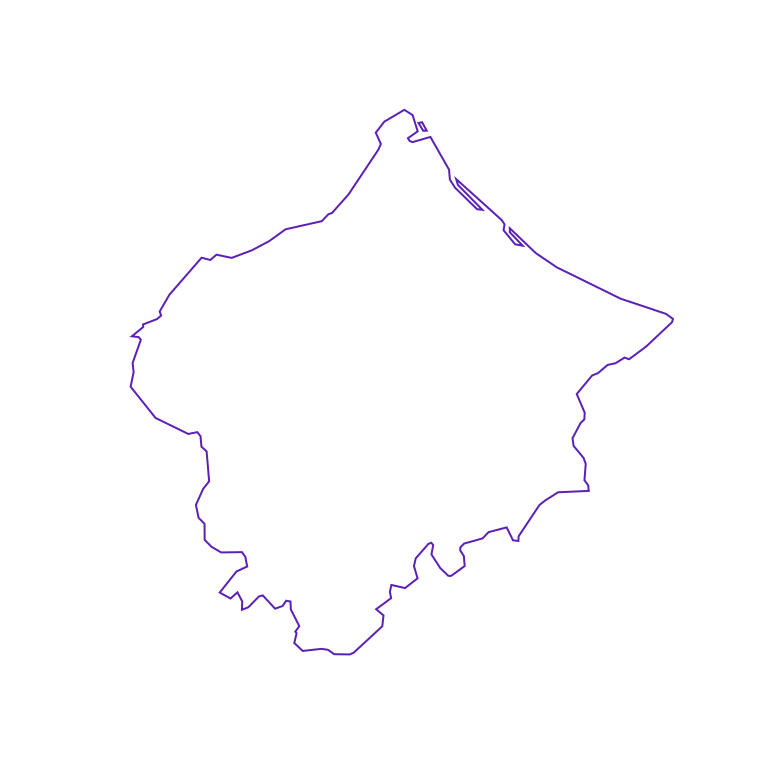 Ivory Coast, Natural Earth projection, rotated 229°
{"feature_id": "CIV", "entity_name": "Ivory Coast", "entity_type": "country or territory", "adm_level": 0, "iso_a3": "CIV", "parent_name": "Africa", "parent_adm1": "", "projection": "natural_earth1", "projection_center": [-5.78, 7.538], "detail": "medium", "context": "isolated", "style": "outline", "palette": "violet", "viewbox_px": 768, "rotation_deg": 229, "n_neighbors": 0, "source": "natural_earth", "source_scale": "50m", "svg_char_len": 1967}
<svg xmlns="http://www.w3.org/2000/svg" viewBox="0 0 768 768"><g transform="rotate(229 384 384)"><path d="M212.7,169.2L220.2,167.3L225.1,163.1L235.9,147.5L247.4,146.4L253.2,154.5L255.3,154.6L256.8,161.2L275.0,165.8L281.2,170.7L284.6,168.0L283.0,161.8L285.9,154.4L304.0,153.8L305.7,150.3L304.5,135.1L306.8,128.7L313.0,134.4L322.9,136.7L322.8,127.4L334.4,123.2L339.3,149.7L336.0,161.0L344.5,165.9L350.3,166.5L363.7,150.6L374.3,147.0L384.0,146.4L396.2,156.8L404.7,156.3L416.1,162.7L423.5,178.7L425.3,188.2L449.5,205.9L456.5,205.1L465.0,211.3L470.2,211.5L474.7,203.5L508.3,189.3L548.2,191.0L557.2,202.8L564.8,208.1L576.9,229.5L580.4,229.6L585.4,225.0L585.0,239.7L587.0,241.2L581.9,255.4L581.9,260.7L585.9,262.3L592.2,280.7L599.0,329.2L591.6,334.2L591.5,342.4L579.1,351.8L571.6,372.0L567.2,390.9L565.3,411.3L547.7,443.9L548.6,453.4L547.2,456.9L550.3,481.4L564.6,533.6L567.2,539.1L579.1,542.7L581.8,556.4L577.6,579.2L568.2,582.0L552.6,575.2L553.8,563.3L550.4,562.8L547.8,564.3L540.0,581.1L503.1,573.7L495.0,567.8L485.4,566.4L454.9,568.9L450.9,572.5L485.8,570.4L491.3,572.9L430.4,580.4L425.4,579.7L421.6,575.1L403.4,574.6L397.4,579.4L415.9,578.5L419.0,581.1L383.4,584.4L358.8,590.9L293.0,618.6L252.0,642.8L243.6,644.8L241.7,642.0L240.3,606.4L241.9,585.2L246.1,582.9L247.8,572.4L251.7,565.2L251.8,552.7L253.9,546.7L250.0,522.9L230.6,516.6L225.9,512.0L225.6,506.8L219.4,490.7L212.9,486.5L197.2,486.1L191.3,483.8L179.8,472.1L173.5,471.6L169.0,468.4L188.1,444.3L190.3,429.7L190.7,422.0L180.8,385.8L177.4,382.4L181.4,378.8L195.3,382.5L203.6,365.8L202.8,357.1L211.0,339.8L210.6,334.4L208.3,332.3L201.8,331.4L193.7,325.5L195.1,308.9L197.0,306.7L208.3,305.7L224.2,308.0L230.2,315.5L233.2,315.5L234.2,312.6L231.6,293.6L227.0,287.2L215.3,281.8L216.2,266.0L227.5,257.7L223.2,252.0L217.7,248.9L219.2,230.3L209.7,231.8L202.3,223.8L201.1,184.7L202.4,180.7L212.7,169.2ZM558.4,581.3L556.5,584.5L547.2,582.4L549.4,579.7L558.4,581.3Z" fill="none" stroke="#5b21b6" stroke-width="2"/></g></svg>